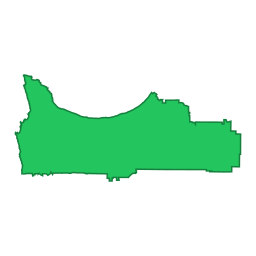 the district of Busselton, Western Australia, Australia
{"feature_id": "25037944B46798430259876", "entity_name": "Busselton", "entity_type": "district", "adm_level": 2, "iso_a3": "AUS", "parent_name": "Australia", "parent_adm1": "Western Australia", "projection": "albers", "projection_center": [115.148, -33.685], "detail": "fine", "context": "isolated", "style": "filled", "palette": "green", "viewbox_px": 256, "rotation_deg": 0, "n_neighbors": 0, "source": "geoboundaries", "source_scale": "gbopen_adm2", "svg_char_len": 5494}
<svg xmlns="http://www.w3.org/2000/svg" viewBox="0 0 256 256"><path d="M210.4,171.7L223.8,171.9L231.7,171.8L231.7,166.7L239.4,166.8L239.5,154.3L240.5,154.3L240.6,134.1L235.9,134.0L235.9,131.1L230.7,131.0L230.9,121.2L229.7,121.5L228.7,122.0L227.5,122.1L226.8,121.6L226.0,119.7L223.9,119.7L223.9,123.9L222.1,123.9L222.1,122.2L195.4,122.1L195.4,124.2L194.8,123.3L193.9,122.6L193.5,122.4L192.5,122.5L192.5,122.1L192.0,121.9L190.4,121.7L189.8,121.8L189.7,115.6L189.1,115.6L189.1,113.2L189.7,113.2L189.7,112.5L188.6,112.5L188.5,106.7L188.3,106.8L187.0,105.8L186.5,105.6L185.9,105.8L185.3,105.7L184.7,105.2L184.1,105.1L183.9,104.5L183.7,104.1L183.6,103.6L183.3,103.3L182.5,103.0L182.3,102.8L181.3,102.7L181.2,102.6L178.8,102.7L178.9,100.1L176.4,100.0L174.7,100.2L165.6,100.2L165.6,103.0L162.5,103.0L162.6,101.5L162.5,101.2L162.3,101.1L162.3,100.7L162.1,100.5L162.3,100.3L162.1,99.8L162.3,99.6L161.5,99.6L161.1,99.9L160.7,99.6L159.9,100.3L159.8,100.5L159.6,100.6L159.3,100.3L159.0,100.3L158.9,100.1L158.9,99.8L158.6,99.7L158.4,99.2L158.1,99.2L158.1,99.4L157.9,99.4L157.6,99.3L157.6,97.8L157.1,97.0L155.9,96.2L156.5,95.1L156.3,94.9L156.8,94.4L156.5,94.1L155.8,93.6L155.4,93.5L154.3,92.5L153.3,93.1L152.8,93.7L151.6,92.5L149.7,95.1L148.3,97.4L145.2,100.6L144.2,101.9L142.9,103.0L142.7,102.9L141.6,104.1L141.1,104.4L139.9,105.5L138.2,106.6L137.8,107.1L136.4,107.6L135.3,108.4L135.1,108.4L132.5,110.2L132.0,110.1L129.5,111.5L128.2,111.7L127.1,112.5L126.4,112.8L124.2,113.4L122.0,113.5L120.8,114.0L120.1,114.1L118.6,115.0L116.9,115.8L115.6,116.0L113.6,116.8L111.9,117.0L110.6,117.5L107.9,117.8L106.8,117.7L105.9,117.4L104.7,117.7L102.7,117.6L100.3,118.2L97.5,118.5L96.3,118.2L94.3,118.4L93.9,118.2L92.9,118.2L90.0,118.0L89.3,118.1L87.3,117.6L86.9,117.1L84.1,117.1L81.5,116.5L79.8,115.9L79.0,115.3L76.8,114.4L75.8,113.8L74.7,113.6L73.3,113.0L73.0,113.1L70.9,112.3L69.4,111.5L68.4,111.3L66.8,110.5L66.2,110.4L65.6,109.9L64.7,109.7L63.9,109.2L62.9,109.0L61.1,108.9L60.7,108.5L59.4,108.3L57.6,107.2L53.7,103.0L53.3,102.2L52.3,101.0L52.3,100.8L52.8,100.4L52.5,99.7L52.7,99.2L52.6,98.7L52.2,98.3L52.4,97.5L51.6,96.4L51.8,95.5L51.5,94.7L51.7,94.3L51.5,93.9L51.3,93.9L51.4,93.6L51.2,93.4L49.6,92.5L49.7,91.7L49.0,91.4L48.8,90.8L48.4,90.6L47.4,89.9L47.4,89.6L47.8,88.9L47.8,88.2L47.6,88.3L46.9,88.1L46.5,87.7L46.7,87.2L46.2,86.8L45.7,86.9L44.8,86.2L41.0,84.8L40.6,84.1L40.7,83.7L40.5,83.4L40.6,83.0L40.7,82.9L40.4,82.6L39.4,82.1L38.9,81.4L39.2,80.6L39.0,80.4L38.6,80.5L38.4,80.0L38.1,79.8L37.0,79.6L37.0,79.9L35.3,80.2L32.7,79.9L31.9,79.6L31.6,78.9L31.6,78.3L31.8,77.6L31.5,77.6L31.3,77.3L31.6,76.8L31.5,76.4L31.0,76.2L30.7,76.5L29.9,76.7L29.5,76.2L28.4,76.1L27.4,75.6L26.9,75.7L26.3,75.3L26.1,75.3L26.0,75.6L25.7,75.5L24.8,75.0L24.4,75.3L24.0,75.2L23.9,75.1L23.5,75.4L23.5,75.7L24.0,75.9L23.9,76.2L24.4,77.0L24.5,77.8L24.8,79.6L24.6,80.0L25.0,80.4L25.0,81.3L25.5,82.0L25.4,82.7L25.7,82.7L25.6,83.2L25.7,84.1L25.6,84.4L25.4,84.4L25.2,84.8L24.5,84.9L24.1,85.5L23.7,85.5L23.8,85.8L24.2,85.7L24.0,86.0L24.5,86.7L24.4,87.9L24.9,88.2L25.0,88.8L25.2,89.3L25.4,89.6L25.6,91.3L26.1,92.8L26.4,92.9L26.8,94.3L27.0,94.7L26.9,95.4L27.3,96.8L27.5,98.5L27.9,99.0L28.1,100.0L28.5,100.8L28.5,101.1L29.2,102.2L29.2,102.8L29.0,103.1L29.4,103.4L29.3,103.7L29.5,105.0L29.7,105.3L29.6,105.5L29.8,105.8L30.1,107.4L29.9,107.8L30.1,108.5L30.3,108.6L30.6,110.3L30.3,111.4L29.7,112.0L29.4,112.7L28.7,112.9L28.7,113.3L28.8,113.4L28.6,113.8L28.8,113.9L28.6,114.2L28.7,114.5L28.6,114.4L28.5,114.7L28.2,114.6L28.9,115.7L28.1,118.3L27.2,119.2L26.4,119.8L25.8,119.7L25.3,119.2L24.5,119.4L24.1,120.1L24.3,120.3L24.1,120.5L24.1,121.0L23.7,121.0L23.5,121.4L23.5,122.0L23.3,122.0L23.2,122.3L22.8,122.7L22.1,123.0L21.1,122.7L21.1,124.3L21.5,124.4L21.6,125.1L21.4,125.7L21.1,125.9L20.6,125.8L20.2,126.4L20.2,126.7L20.5,126.8L20.4,127.1L20.8,127.3L20.5,127.6L20.8,128.0L20.7,128.1L20.7,128.7L20.6,128.8L20.5,130.2L20.3,130.4L20.2,131.1L19.9,131.9L18.9,133.1L17.8,133.6L17.5,133.5L17.4,133.0L17.2,133.3L16.5,133.0L16.2,132.7L15.8,132.6L15.6,132.4L15.5,132.5L15.4,133.2L15.5,133.3L15.4,133.8L15.4,134.1L16.0,134.6L16.2,135.2L16.6,135.5L16.8,136.0L17.0,136.9L16.9,138.3L17.5,139.0L17.5,139.5L17.8,140.0L17.8,140.7L18.0,140.9L17.8,141.1L19.1,145.1L19.4,146.0L19.1,146.3L19.1,146.7L19.4,147.7L19.3,148.5L19.8,149.2L20.1,149.4L20.1,149.9L20.5,150.8L20.4,151.1L20.5,151.4L20.2,151.8L20.3,152.5L19.7,153.4L19.6,154.1L19.4,154.5L20.0,155.4L19.5,156.5L20.0,156.8L20.2,158.1L20.7,158.7L20.8,160.0L21.6,161.6L21.8,162.5L21.7,163.0L22.6,165.3L22.3,166.6L22.4,166.9L22.4,168.0L21.7,170.1L21.7,170.5L22.0,171.1L21.9,171.8L21.9,173.8L25.1,173.9L25.9,173.5L32.3,173.5L32.7,175.9L33.3,175.8L33.2,174.8L34.8,174.8L34.8,173.8L38.3,173.7L38.3,174.0L39.0,173.3L40.5,174.7L42.6,175.7L42.6,173.8L46.4,173.8L47.9,175.3L50.7,173.4L51.0,172.1L52.6,174.4L52.8,173.7L53.5,173.1L60.7,173.0L61.8,173.2L62.7,173.0L68.2,173.0L68.5,173.2L69.0,173.2L69.3,173.2L69.8,173.3L70.7,173.3L72.1,172.6L73.5,172.7L74.6,172.4L75.7,172.8L84.0,172.9L85.2,173.5L86.6,173.5L86.8,173.8L87.5,173.7L88.1,173.3L88.9,173.5L107.2,173.8L107.3,174.2L107.2,174.7L107.2,178.3L109.3,178.3L109.3,181.0L112.1,181.0L112.1,178.3L113.0,178.3L113.0,177.7L113.1,177.4L116.6,177.4L116.6,180.2L119.1,180.2L118.5,177.4L128.5,177.4L128.5,177.0L132.5,173.4L135.3,173.3L135.3,172.7L136.4,172.7L136.4,171.0L136.0,171.0L136.0,169.2L165.1,169.5L206.4,169.6L206.4,170.9L211.1,171.0L210.4,171.7ZM20.8,122.2L20.6,123.0L20.9,123.1L20.9,122.1L20.7,121.8L20.5,122.0L20.8,122.2Z" fill="#22c55e" stroke="#15803d" stroke-width="1.5"/></svg>